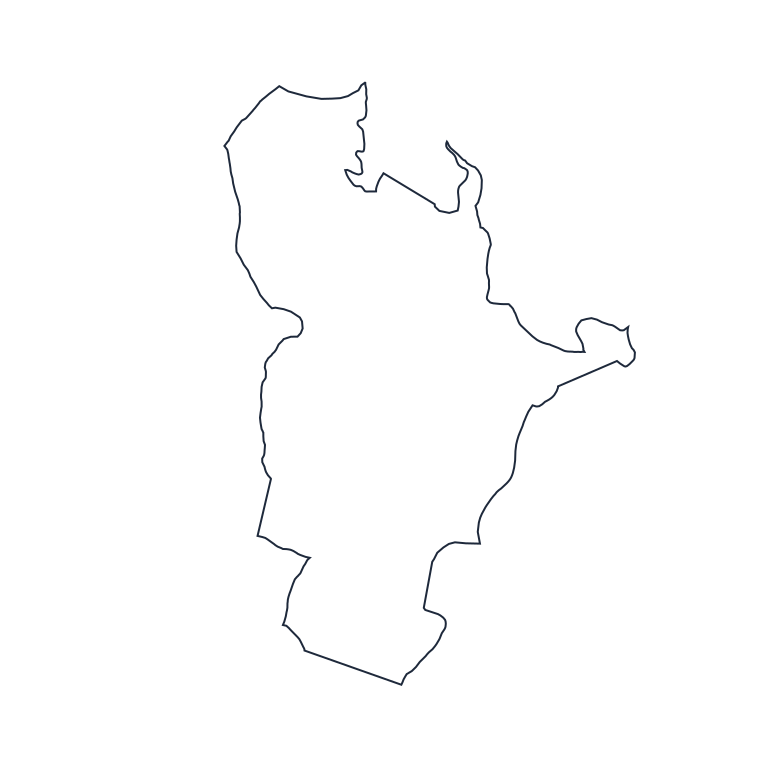 outline of Monchy/Riviere Mitan, Gros Islet, Saint Lucia, rotated 19°
{"feature_id": "8701671B97135267153779", "entity_name": "Monchy/Riviere Mitan", "entity_type": "district", "adm_level": 2, "iso_a3": "LCA", "parent_name": "Saint Lucia", "parent_adm1": "Gros Islet", "projection": "natural_earth1", "projection_center": [-60.94, 14.05], "detail": "fine", "context": "isolated", "style": "outline", "palette": "slate", "viewbox_px": 768, "rotation_deg": 19, "n_neighbors": 0, "source": "geoboundaries", "source_scale": "gbopen_adm2", "svg_char_len": 6165}
<svg xmlns="http://www.w3.org/2000/svg" viewBox="0 0 768 768"><g transform="rotate(19 384 384)"><path d="M268.2,105.3L267.9,105.3L265.3,109.0L264.2,114.7L259.9,119.1L256.2,123.5L249.7,127.9L242.2,131.0L232.0,134.8L217.0,137.3L198.3,138.5L188.0,136.5L185.4,140.6L181.0,147.0L178.8,150.7L176.2,154.8L175.6,156.1L174.9,157.0L174.3,159.2L172.3,164.9L171.2,167.5L170.9,168.5L167.1,177.5L166.5,178.4L163.8,181.3L161.2,189.2L160.6,191.8L160.2,193.7L158.4,199.7L157.9,204.6L157.3,205.8L155.6,210.9L159.4,213.4L160.0,214.2L161.8,217.1L163.8,221.1L164.5,222.3L165.8,224.8L166.5,226.0L168.6,230.1L169.8,232.8L171.4,235.5L173.7,238.8L176.1,243.5L180.7,250.7L185.6,257.0L187.8,260.2L188.8,261.9L189.6,262.9L191.9,268.6L192.2,270.1L193.5,273.3L194.8,277.1L195.3,279.2L196.0,283.2L196.4,289.3L197.6,295.4L199.2,301.4L201.6,307.1L207.5,311.9L212.6,316.9L218.2,320.7L220.8,323.5L222.8,326.1L227.7,330.0L231.5,333.5L237.9,340.1L242.3,342.9L247.0,345.5L249.5,347.1L253.4,348.9L256.4,347.2L264.8,345.9L272.5,345.9L282.8,348.5L286.1,351.5L289.0,358.0L288.7,363.1L286.8,367.4L280.6,369.6L274.5,374.2L273.9,376.0L271.5,380.9L270.8,386.8L270.5,387.7L270.1,389.1L268.6,392.0L268.3,393.4L266.1,397.4L265.6,400.2L265.1,401.9L265.2,403.6L265.9,407.2L268.1,410.3L268.5,411.2L270.0,416.0L270.1,417.2L268.7,421.9L269.2,426.5L270.6,431.3L271.2,434.1L272.3,437.2L274.0,440.5L275.7,445.3L275.9,446.9L276.7,451.5L277.7,456.2L279.7,460.5L282.5,465.7L283.2,466.8L284.2,467.6L285.1,468.7L285.7,469.2L287.0,472.9L288.8,477.2L291.3,480.3L292.2,483.6L292.5,484.9L293.4,488.1L293.7,489.9L293.7,491.0L293.1,494.2L294.4,497.6L298.0,501.2L299.1,503.0L300.5,504.9L301.4,505.9L304.0,508.1L307.6,510.1L308.0,510.5L313.9,568.8L318.8,568.3L321.9,568.2L324.4,568.8L332.4,571.2L333.6,571.7L336.4,572.4L340.2,572.6L342.1,572.9L345.4,571.9L347.3,571.5L349.3,571.2L350.5,571.2L352.8,571.4L356.9,572.3L357.5,572.6L360.4,572.9L366.1,573.0L370.4,572.5L368.9,575.2L368.6,576.5L368.1,579.8L367.3,582.6L366.6,589.9L366.3,590.9L365.7,592.1L365.1,593.6L364.5,594.7L363.3,597.7L363.0,602.6L363.0,610.0L362.9,612.8L363.0,616.4L363.3,619.2L363.9,621.5L364.1,622.7L365.5,627.0L366.0,629.9L366.1,631.3L366.8,635.7L367.0,639.4L367.1,641.0L366.9,644.8L370.4,644.4L370.9,644.6L373.7,645.8L374.7,646.4L377.0,647.6L384.8,651.5L387.0,652.8L389.2,654.8L393.4,659.0L394.6,660.1L395.3,661.1L395.6,661.9L498.3,662.7L498.6,659.9L498.7,656.9L499.3,653.7L499.9,650.9L503.8,646.3L505.1,643.7L506.4,641.1L508.3,635.2L512.0,627.7L512.7,625.6L513.8,623.1L516.2,619.0L517.6,615.2L518.3,612.8L519.2,608.5L519.5,606.8L519.8,600.8L521.0,596.3L521.2,594.8L521.2,593.6L520.7,591.4L520.4,590.3L519.5,588.4L518.5,587.1L516.0,585.6L512.7,584.5L510.0,584.0L496.6,584.2L494.5,582.7L487.5,536.4L488.3,533.4L489.3,526.2L493.4,519.2L497.4,514.1L502.6,510.6L513.2,508.0L526.7,503.7L520.8,493.3L518.8,484.1L518.5,479.1L518.8,474.9L520.0,467.7L520.7,464.8L522.7,457.8L524.0,454.1L525.0,451.9L525.7,449.7L527.1,447.1L528.8,444.6L532.3,438.0L533.3,435.7L534.1,433.4L534.6,431.1L534.8,428.6L534.8,426.2L534.3,420.8L532.9,413.7L530.1,404.6L528.7,398.2L528.3,394.1L528.1,389.5L528.2,386.5L528.7,378.7L528.6,374.5L528.8,372.3L529.0,368.5L529.5,363.3L531.4,355.8L535.2,355.7L536.3,355.3L538.0,354.4L540.2,351.7L542.1,348.3L543.2,347.2L545.3,344.8L546.8,342.7L547.7,341.1L548.6,339.0L549.6,334.5L549.7,330.7L549.3,329.6L596.8,286.4L600.6,287.8L605.5,289.0L606.8,288.8L608.0,287.8L609.7,285.2L611.6,281.3L612.2,279.9L612.4,278.9L612.4,277.8L610.8,271.9L610.8,272.3L608.9,270.5L606.7,269.4L603.8,266.4L600.9,262.3L599.1,259.3L597.6,256.4L596.6,252.8L596.3,250.6L593.2,255.1L591.8,255.8L589.7,256.3L583.8,254.6L581.8,254.2L580.6,254.1L577.1,254.6L570.0,254.6L564.4,253.8L558.7,254.2L554.2,256.7L549.9,259.6L548.4,263.6L547.7,267.5L547.7,268.9L548.0,270.2L548.6,271.8L551.2,274.7L556.6,279.4L558.6,281.4L561.0,285.6L561.3,286.7L563.1,288.4L561.0,289.0L559.7,289.7L557.8,290.2L553.2,291.8L551.6,292.1L547.4,293.4L544.6,293.9L543.0,293.9L537.1,293.2L529.3,292.9L527.9,292.7L524.5,293.1L520.7,293.2L517.5,293.0L514.4,292.5L508.8,290.6L494.2,284.0L492.5,282.9L490.6,281.0L485.1,274.4L484.0,273.5L481.4,270.8L478.7,269.2L477.7,268.9L476.7,268.1L475.6,268.0L471.6,269.4L467.9,270.5L461.2,272.1L459.2,272.3L457.8,272.3L454.9,270.9L454.1,270.4L453.4,269.4L453.0,268.3L452.7,265.7L452.4,261.5L452.2,259.5L451.8,258.1L450.3,254.3L449.9,252.8L449.3,251.3L447.0,248.1L445.4,246.0L443.2,240.3L441.1,231.8L440.2,226.9L439.8,223.9L439.6,220.6L439.7,217.9L439.5,217.1L436.5,212.0L433.5,208.0L432.6,207.1L429.0,205.4L426.8,204.3L424.2,204.6L422.7,201.3L420.1,197.7L419.4,196.5L417.3,193.9L415.8,190.5L412.5,185.8L413.9,181.6L413.6,173.8L412.5,167.2L410.1,159.3L407.6,155.2L403.4,151.5L399.5,149.4L396.3,149.4L390.7,148.2L388.0,146.3L386.5,146.3L385.3,146.0L378.8,142.7L373.1,140.4L370.2,139.2L367.8,137.5L365.6,135.1L364.6,134.4L364.5,136.1L365.0,137.8L365.6,139.1L366.7,140.2L368.1,141.1L371.1,142.6L373.4,143.4L375.6,144.5L377.1,145.6L378.2,146.8L380.5,149.9L382.9,152.3L384.1,152.9L386.3,153.6L388.2,154.0L389.6,153.8L391.3,154.2L393.0,154.8L394.0,156.0L394.6,157.5L394.9,159.4L395.1,161.0L395.0,163.1L394.6,164.9L391.2,171.7L390.8,172.9L390.8,175.1L391.1,177.0L391.7,178.9L395.6,187.4L396.7,192.1L397.2,196.0L390.0,201.0L380.0,202.3L374.4,199.7L373.4,197.5L314.9,184.9L314.4,187.4L313.4,191.0L313.1,193.0L312.9,194.7L312.8,199.5L313.0,202.0L313.8,204.5L304.8,207.7L303.5,207.9L302.6,207.5L300.3,205.8L298.3,204.7L296.7,204.8L293.6,206.0L291.8,206.0L290.3,205.5L286.2,202.8L283.3,200.7L280.6,198.2L277.7,194.4L279.6,193.5L283.5,193.8L285.1,194.2L288.0,194.4L289.8,194.4L291.9,194.2L293.7,193.0L294.4,192.1L294.6,191.3L294.6,190.6L294.2,189.8L292.5,186.9L291.1,183.3L290.2,181.6L289.1,180.4L287.0,178.9L284.3,177.4L282.9,176.3L282.4,174.3L282.8,173.1L283.2,172.4L283.8,172.2L285.5,171.8L286.8,171.7L288.3,171.1L288.8,170.5L288.8,169.4L288.7,168.2L287.3,163.4L282.1,152.2L281.1,150.9L280.5,150.2L276.6,148.5L274.9,147.5L274.1,146.2L273.8,144.9L274.0,144.0L274.5,143.1L278.0,140.7L279.3,138.1L279.5,136.8L279.4,135.8L278.3,130.9L276.4,126.5L275.6,124.8L275.0,123.3L274.9,120.0L274.5,118.8L272.8,115.8L271.3,111.1L269.0,107.3L268.2,105.3Z" fill="none" stroke="#1e293b" stroke-width="2"/></g></svg>